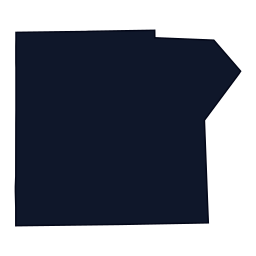 Lawrence, Pennsylvania, United States of America
{"feature_id": "52423323B652834894573", "entity_name": "Lawrence", "entity_type": "district", "adm_level": 2, "iso_a3": "USA", "parent_name": "United States of America", "parent_adm1": "Pennsylvania", "projection": "orthographic", "projection_center": [-80.414, 40.99], "detail": "fine", "context": "isolated", "style": "filled", "palette": "ink", "viewbox_px": 256, "rotation_deg": 0, "n_neighbors": 0, "source": "geoboundaries", "source_scale": "gbopen_adm2", "svg_char_len": 487}
<svg xmlns="http://www.w3.org/2000/svg" viewBox="0 0 256 256"><path d="M240.6,71.2L213.8,40.2L154.8,37.8L154.7,30.3L87.5,31.4L87.2,31.5L16.0,32.4L16.0,38.9L15.9,46.3L15.9,49.5L15.9,56.7L15.9,62.8L16.0,67.8L16.0,70.0L16.0,70.6L16.0,77.3L16.0,109.9L15.9,123.9L15.9,129.6L15.8,176.4L15.4,186.6L15.4,189.6L15.4,190.8L15.4,191.1L15.4,191.4L15.8,207.2L15.8,225.7L120.7,224.4L208.3,222.8L207.4,200.4L204.4,120.2L238.6,74.2L240.6,71.2Z" fill="#0f172a" stroke="#020617" stroke-width="1.5"/></svg>